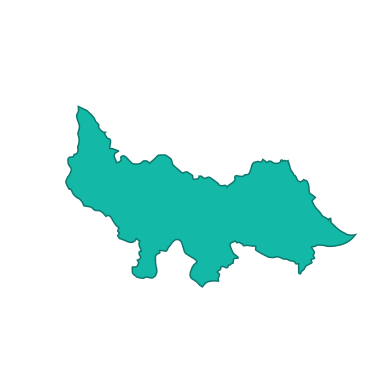 Do Luong, Nghệ An, Vietnam, rotated 320°
{"feature_id": "81297802B2130126961507", "entity_name": "Do Luong", "entity_type": "district", "adm_level": 2, "iso_a3": "VNM", "parent_name": "Vietnam", "parent_adm1": "Nghệ An", "projection": "equal_earth", "projection_center": [105.341, 18.916], "detail": "fine", "context": "isolated", "style": "filled", "palette": "teal", "viewbox_px": 384, "rotation_deg": 320, "n_neighbors": 0, "source": "geoboundaries", "source_scale": "gbopen_adm2", "svg_char_len": 6097}
<svg xmlns="http://www.w3.org/2000/svg" viewBox="0 0 384 384"><g transform="rotate(320 192 192)"><path d="M94.4,215.7L94.3,217.7L95.2,222.0L96.6,223.9L98.8,226.4L100.0,227.1L101.1,227.2L102.5,227.9L104.1,229.8L105.5,231.7L106.8,232.5L109.3,232.7L110.5,232.4L113.0,231.2L114.3,229.9L115.5,228.1L117.1,225.1L118.7,222.6L122.2,218.2L123.2,217.6L125.6,217.0L126.7,217.7L128.2,217.9L128.6,217.5L129.1,216.2L129.4,215.8L131.7,217.9L133.6,220.2L134.3,220.7L135.0,220.7L137.7,219.5L142.1,218.6L144.8,217.8L148.2,217.8L149.6,218.4L150.7,219.5L151.6,220.8L151.8,222.8L151.6,223.8L150.8,226.0L147.9,232.8L147.7,234.3L147.8,235.6L151.2,246.0L151.1,247.7L150.8,248.6L149.9,249.0L146.6,248.9L143.5,250.0L139.1,252.5L137.1,254.4L136.1,256.5L136.2,258.3L137.8,263.7L138.1,268.4L139.0,271.4L141.4,270.8L144.5,270.6L146.2,270.9L148.0,271.7L151.9,274.3L155.0,277.3L156.1,275.6L157.1,274.7L158.3,274.1L160.0,273.0L160.3,272.3L160.2,271.0L159.7,270.1L159.7,269.7L159.9,269.4L160.8,269.3L163.8,269.7L164.5,269.3L165.3,268.2L167.3,268.5L168.0,269.0L169.2,271.5L169.7,272.2L170.2,272.5L171.1,272.6L173.1,271.4L174.2,272.3L174.9,272.4L175.6,272.2L176.6,272.4L177.7,272.9L180.4,270.4L181.7,270.2L182.2,270.3L184.5,272.2L185.0,272.1L185.3,271.2L185.0,269.3L184.3,266.2L184.4,264.9L184.6,263.9L185.4,261.2L186.4,258.4L187.1,257.0L187.6,256.5L189.0,256.2L189.7,256.2L192.3,257.0L192.9,257.1L193.4,257.3L193.7,258.1L193.8,259.9L195.5,260.7L196.1,261.4L196.6,263.4L197.3,264.3L196.8,266.2L200.3,268.6L203.8,272.6L205.3,273.6L205.7,274.3L205.8,274.7L205.6,275.1L205.3,275.5L203.7,276.9L203.6,277.3L203.6,278.0L205.6,283.7L208.7,291.0L210.4,292.9L211.8,294.2L215.8,296.5L217.0,298.1L218.9,301.8L219.7,302.9L221.1,303.9L221.7,304.9L223.0,307.8L223.6,308.6L225.3,310.0L225.6,311.0L225.5,314.0L227.6,315.4L222.6,321.5L221.6,323.0L221.7,323.5L222.5,324.4L223.1,324.2L224.2,323.5L225.0,323.2L227.7,323.3L228.8,323.0L230.6,322.3L232.2,321.9L237.7,323.2L238.5,323.2L238.8,322.6L239.3,320.8L239.7,320.4L240.4,320.4L241.7,321.1L243.2,321.6L244.0,319.1L244.8,318.0L246.1,317.6L247.1,316.7L247.4,315.7L247.8,312.4L248.1,310.9L249.1,311.2L250.1,312.1L251.8,312.9L253.9,313.2L258.2,317.0L260.5,320.3L263.8,323.2L266.2,324.9L272.0,328.1L276.8,329.8L280.9,330.5L284.1,330.6L286.9,330.2L289.7,329.7L287.9,328.8L285.6,326.8L283.4,324.3L282.7,322.2L281.1,318.4L280.4,316.0L279.7,312.7L279.5,310.2L278.9,305.5L279.1,304.4L281.3,301.4L281.0,301.1L280.5,301.3L279.6,300.6L279.3,300.7L278.6,301.4L278.6,300.4L278.0,298.0L276.9,295.5L276.5,293.3L276.9,290.7L276.9,288.0L276.7,284.8L276.8,281.5L277.3,279.4L278.2,275.9L283.0,275.4L282.2,271.4L281.7,269.9L281.4,268.7L281.6,267.8L283.0,265.6L284.7,263.5L285.8,261.4L286.6,259.5L287.0,257.8L286.9,257.2L286.0,255.2L285.5,254.3L284.8,254.5L283.6,254.4L282.4,254.2L281.6,253.8L280.9,253.0L280.5,252.0L280.4,251.3L280.5,250.0L281.4,247.0L281.5,246.0L281.0,244.7L281.0,244.0L281.4,243.2L281.5,242.3L281.8,239.4L282.4,237.1L284.0,233.8L285.7,229.6L284.4,229.3L284.0,228.9L283.6,228.0L283.1,227.3L281.5,226.9L281.2,226.6L281.6,225.4L280.4,224.8L278.7,225.9L277.8,226.0L276.8,225.5L274.3,223.8L273.6,222.9L272.9,221.7L272.3,219.4L271.4,218.3L270.3,217.6L269.7,217.6L268.9,217.8L268.5,217.8L268.1,217.3L267.9,215.0L267.2,212.6L266.1,213.1L264.5,213.5L263.7,213.2L263.1,212.5L262.7,211.7L262.0,210.9L259.2,209.5L258.1,209.2L256.8,209.3L255.0,210.1L252.5,211.9L249.1,213.9L247.4,214.6L246.2,214.6L244.4,213.4L243.3,212.8L241.9,212.9L240.9,212.7L238.8,210.8L236.6,208.1L235.8,207.7L235.0,207.7L234.3,208.1L233.3,209.9L231.7,210.7L229.5,210.9L224.6,210.5L222.1,210.7L222.3,210.2L222.0,208.9L221.5,208.0L219.1,206.6L218.1,205.6L217.7,204.9L217.3,203.9L217.5,202.1L215.7,194.5L215.0,192.4L214.4,191.4L213.6,190.9L211.0,190.1L210.1,189.3L209.7,188.4L209.6,187.1L209.2,185.7L207.6,184.4L206.8,185.3L205.8,185.6L204.9,185.6L202.7,184.3L201.7,183.5L201.2,182.4L202.8,180.2L203.0,179.2L201.1,173.3L199.3,172.2L196.7,171.4L196.1,167.0L195.2,162.0L194.9,159.1L195.2,157.9L196.7,154.7L197.1,153.0L196.8,151.3L195.7,147.2L194.9,146.1L191.5,143.3L189.6,142.1L184.6,142.6L177.9,142.7L178.0,141.5L177.4,139.4L176.6,138.4L175.1,137.2L174.1,136.9L171.0,137.0L168.5,135.8L165.1,132.8L164.5,131.4L164.2,128.4L163.9,122.8L163.4,121.3L162.9,120.3L161.8,119.7L160.9,119.3L160.4,119.3L159.5,120.0L158.1,122.2L157.5,122.1L155.8,122.3L154.2,121.6L153.8,121.5L153.1,120.9L153.7,119.7L154.8,115.9L155.4,114.5L156.0,113.8L157.6,112.9L158.4,112.8L161.9,113.5L162.1,113.3L159.9,109.3L158.5,107.2L156.8,105.7L157.1,105.4L161.7,101.4L162.7,100.1L163.0,99.1L162.9,98.5L161.9,96.8L161.8,95.8L161.8,95.1L162.4,91.4L162.7,90.8L164.0,90.7L162.3,88.7L162.2,88.2L161.7,85.5L161.7,84.6L162.0,82.7L163.4,80.9L163.8,80.3L163.9,79.0L163.5,76.5L163.7,75.5L164.5,72.8L164.6,72.1L164.6,68.6L163.8,62.0L159.9,53.4L158.0,56.0L156.4,57.5L153.3,58.8L152.7,59.4L152.0,60.4L150.8,62.7L149.0,67.6L148.0,69.4L146.9,70.5L142.2,73.8L141.7,74.6L140.2,77.8L139.3,79.2L137.3,81.4L135.5,82.8L134.0,83.5L133.4,84.0L131.3,87.1L129.3,88.4L128.9,88.4L127.5,88.3L126.4,87.7L125.6,87.6L124.7,88.3L123.8,88.6L122.9,88.3L120.7,86.7L119.6,86.7L118.4,86.9L117.7,87.5L116.2,89.5L115.3,91.0L115.1,91.6L114.7,95.4L114.5,96.6L114.1,97.2L112.8,98.2L109.5,99.9L106.1,100.8L103.4,102.0L101.8,103.2L101.3,104.3L100.6,106.2L99.7,110.9L100.7,111.3L101.0,111.8L99.7,117.6L99.9,120.3L100.3,122.6L101.0,124.0L101.4,125.2L101.5,126.8L101.4,129.6L100.3,133.2L102.1,135.1L105.0,138.7L105.3,139.7L105.4,142.0L106.0,143.8L108.6,146.3L109.8,148.0L110.4,151.2L110.4,155.3L111.4,155.6L112.5,155.7L113.1,156.4L113.7,158.3L113.5,160.8L112.7,164.9L112.4,169.2L113.1,172.3L110.0,174.1L109.8,176.9L107.0,177.6L106.7,179.3L106.6,181.1L107.8,182.9L111.2,189.4L112.8,191.4L114.7,192.5L116.6,192.7L119.4,191.9L120.0,194.8L120.5,196.0L118.8,196.9L117.7,198.1L117.2,198.9L115.9,202.9L115.2,204.7L114.7,204.7L113.9,203.9L113.3,203.9L112.6,204.4L111.7,205.4L111.1,207.0L111.1,208.1L110.8,208.9L110.0,209.4L108.9,209.7L107.3,209.5L106.3,209.0L105.8,211.6L105.3,212.2L102.6,213.5L101.5,213.5L100.4,213.0L99.2,212.1L98.6,211.3L98.0,211.3L97.3,211.8L94.4,215.7Z" fill="#14b8a6" stroke="#0f766e" stroke-width="1.5"/></g></svg>